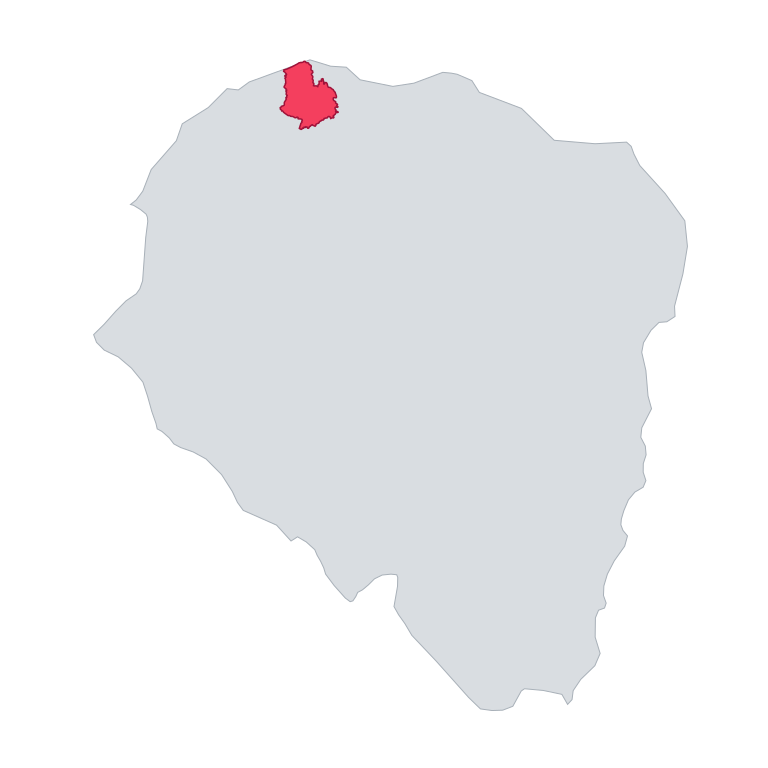 San Carlos, Maldonado, Uruguay shown in context, rotated 184°
{"feature_id": "84410073B16503485399058", "entity_name": "San Carlos", "entity_type": "district", "adm_level": 2, "iso_a3": "URY", "parent_name": "Uruguay", "parent_adm1": "Maldonado", "projection": "robinson", "projection_center": [-54.965, -34.66], "detail": "fine", "context": "in_parent", "style": "filled", "palette": "rose", "viewbox_px": 768, "rotation_deg": 184, "n_neighbors": 0, "source": "geoboundaries", "source_scale": "gbopen_adm2", "svg_char_len": 7200}
<svg xmlns="http://www.w3.org/2000/svg" viewBox="0 0 768 768"><g transform="rotate(184 384 384)"><path d="M649.4,545.4L644.0,550.3L638.1,559.5L631.2,581.7L608.1,612.2L603.4,629.5L578.6,647.5L561.1,667.7L549.8,667.2L539.5,675.9L480.5,702.2L459.4,697.3L443.7,697.4L429.1,685.8L395.9,681.5L375.1,686.2L347.1,699.0L338.7,698.8L332.7,698.1L317.5,692.8L309.2,681.5L266.1,668.5L231.2,639.0L190.2,638.4L158.9,642.2L154.0,638.3L150.7,630.8L144.1,619.8L116.9,593.7L95.3,567.8L90.9,542.4L93.5,514.7L99.6,481.9L98.4,471.7L106.2,465.8L114.0,464.6L121.4,456.2L128.0,443.3L129.1,433.6L123.7,415.7L119.8,390.5L115.4,378.0L123.8,358.3L124.1,348.7L119.0,340.3L117.6,331.6L119.8,322.7L119.3,314.1L116.0,305.9L118.3,299.1L126.2,293.7L132.1,285.5L135.9,274.4L137.8,265.9L137.9,260.1L135.4,254.6L130.5,249.4L132.6,239.0L142.0,223.6L147.9,209.9L150.6,197.9L150.3,188.3L147.1,180.9L148.4,175.9L154.2,173.3L156.8,165.5L155.7,146.2L149.6,130.3L154.0,117.7L167.1,103.1L173.9,91.3L174.4,82.3L178.5,77.2L184.9,86.8L203.7,89.4L222.6,89.8L225.7,87.3L233.0,71.5L242.8,66.9L253.4,65.8L265.1,66.6L277.6,77.1L312.8,111.4L338.7,135.2L346.5,146.5L353.4,154.9L358.5,162.7L356.4,183.1L356.8,192.0L358.0,194.6L363.8,194.8L372.5,193.3L379.9,189.0L385.6,182.5L391.2,177.1L395.7,174.3L397.3,170.0L399.9,165.5L402.6,164.5L407.7,167.8L419.7,179.5L429.0,190.3L431.3,196.4L434.9,202.8L438.7,208.4L441.5,213.9L450.5,221.0L459.6,225.5L465.8,220.9L481.3,235.7L515.6,248.1L521.9,255.6L527.8,266.2L539.7,282.3L556.3,296.8L569.6,302.9L582.4,306.4L589.5,309.6L594.4,315.2L602.2,321.2L607.1,323.4L608.7,328.7L613.7,340.4L619.0,355.3L624.6,369.0L637.0,382.2L651.0,392.5L665.5,398.3L673.7,405.5L677.1,413.0L667.3,424.1L656.6,438.0L647.1,449.0L637.4,456.7L634.2,462.0L632.0,470.1L631.9,513.5L631.0,529.7L631.7,534.0L633.1,536.8L639.2,541.1L646.4,544.8L649.4,545.4Z" fill="#d9dde1" stroke="#a8b0b8" stroke-width="1"/><path d="M466.5,684.3L467.2,684.0L467.7,683.7L467.6,681.7L468.4,681.8L469.0,681.7L469.5,681.5L469.8,681.4L469.7,681.3L469.7,680.6L469.8,679.1L469.6,678.8L469.6,678.6L470.1,678.1L470.6,677.8L470.7,676.6L470.8,676.0L471.0,676.0L471.6,676.4L471.8,676.5L472.2,676.7L472.4,676.7L474.5,676.5L474.8,676.6L475.1,676.7L474.9,677.2L474.9,677.8L474.9,678.3L474.9,678.7L475.1,678.9L475.2,679.2L475.4,679.4L475.8,679.5L476.0,680.0L475.9,680.5L475.8,681.1L475.8,682.0L476.0,682.4L476.3,682.8L476.6,682.9L476.7,683.1L476.7,683.7L476.6,684.1L476.5,684.6L476.4,685.5L476.8,686.3L477.6,687.1L477.7,687.3L477.8,687.7L478.0,687.8L478.0,688.0L477.9,688.3L477.6,688.9L477.1,689.2L476.7,689.7L476.8,690.1L477.0,690.6L477.0,691.2L478.3,692.0L478.8,692.4L478.8,694.2L478.7,695.6L478.8,696.1L479.2,696.7L479.9,697.1L480.4,697.3L480.6,697.3L481.1,697.7L481.3,698.3L481.7,698.9L482.3,699.1L483.8,699.1L484.3,699.3L485.0,700.2L485.3,700.1L485.4,700.3L485.5,700.3L485.8,700.3L486.0,700.4L486.3,700.3L486.4,700.2L486.7,699.9L486.8,699.9L487.0,699.6L487.3,699.4L488.0,699.1L488.6,698.9L488.8,699.0L489.1,699.1L489.6,698.9L489.8,698.9L490.1,698.7L490.4,698.6L490.5,698.6L490.8,698.6L491.3,698.4L492.1,697.7L492.5,697.4L493.6,696.7L495.8,695.3L497.6,694.2L498.5,693.7L502.7,691.5L503.7,691.1L504.6,690.7L505.6,690.5L505.5,690.2L505.7,689.7L506.0,689.1L505.9,688.8L505.7,688.7L505.3,688.6L505.0,688.4L504.6,688.1L504.1,687.5L503.5,686.9L503.0,686.5L502.8,686.1L502.9,685.9L503.6,685.5L503.7,685.3L503.5,685.1L504.1,684.9L504.4,684.6L504.5,684.3L504.4,684.2L504.0,684.1L503.7,683.9L503.3,683.7L503.3,683.0L504.2,682.2L503.7,681.5L503.5,680.8L503.1,678.2L503.0,677.1L503.4,676.7L503.5,676.4L503.3,675.9L503.8,674.9L504.2,674.2L504.4,673.5L504.3,673.0L503.4,672.3L502.3,671.6L502.2,670.4L501.9,670.4L501.6,670.3L501.8,669.9L502.0,669.7L502.2,669.4L502.2,669.1L502.1,668.8L501.6,668.5L501.8,666.9L501.8,666.1L501.6,665.9L501.0,665.5L500.7,665.2L500.8,664.9L501.1,664.7L501.1,664.0L501.0,663.3L501.2,663.1L501.6,663.1L501.8,662.9L501.8,662.5L501.6,662.0L501.4,661.7L501.3,661.4L502.8,658.5L503.0,658.2L503.1,657.4L502.9,655.9L503.0,655.3L503.2,655.0L503.8,654.6L504.8,654.2L505.6,653.9L505.6,653.5L506.7,652.6L506.9,652.3L506.8,652.0L506.6,651.8L506.6,651.4L506.5,650.8L506.2,650.6L505.0,649.7L505.0,649.3L504.6,649.4L504.1,649.2L503.5,648.6L503.2,648.1L501.9,647.2L498.4,645.1L497.7,645.1L496.9,645.2L496.4,645.0L496.1,644.7L495.8,644.5L493.6,644.5L493.3,644.4L491.8,643.6L491.4,643.4L491.0,643.4L490.5,643.5L490.0,643.7L489.5,644.1L489.0,644.1L488.5,644.0L488.3,643.8L488.2,643.4L488.3,642.7L488.1,642.6L487.8,642.5L487.4,642.5L485.9,642.6L484.9,642.4L484.3,642.2L484.1,641.9L484.0,641.4L483.9,641.2L484.4,640.5L484.4,640.3L484.2,640.1L484.2,639.2L484.9,638.5L485.2,637.8L485.4,636.8L485.5,636.0L485.8,635.5L485.9,634.5L486.1,634.1L486.3,633.0L486.1,632.9L485.8,632.7L485.5,632.7L485.1,632.5L484.9,632.4L484.6,632.2L484.4,632.2L483.9,632.4L483.4,632.9L483.0,633.6L482.1,633.5L481.9,634.0L481.7,634.4L481.6,634.7L481.3,634.6L480.8,634.6L480.6,634.4L480.2,634.5L480.0,635.1L479.4,634.9L478.9,635.1L478.6,634.7L478.4,634.4L478.3,634.2L478.1,634.0L477.9,633.8L477.5,633.8L477.4,633.9L477.3,634.0L477.0,634.0L476.9,634.1L476.8,634.3L476.6,634.8L476.6,635.0L476.4,635.2L476.3,635.4L476.2,635.5L475.9,635.7L475.8,635.8L475.6,636.1L475.3,636.1L475.0,636.7L474.7,636.9L474.3,637.1L474.2,637.2L474.0,637.5L473.9,637.5L473.5,637.6L473.1,637.1L472.5,636.9L472.3,636.9L471.5,636.6L471.2,636.5L470.8,636.5L470.7,636.4L470.4,636.6L470.3,636.9L470.1,637.1L470.0,637.4L470.0,637.6L470.0,637.8L470.0,638.1L469.8,638.5L469.5,638.6L468.9,639.0L468.6,639.2L467.9,639.4L467.5,639.6L467.0,640.1L466.9,640.3L467.0,640.5L466.9,640.8L466.3,641.4L466.0,641.7L465.7,641.8L465.2,642.0L465.0,642.4L464.9,642.4L464.3,642.8L464.1,643.0L463.4,643.0L463.2,643.0L463.0,643.3L462.8,643.4L462.6,643.5L462.4,643.8L462.4,644.1L462.4,644.4L462.4,644.5L462.2,644.8L461.8,644.8L461.7,644.8L461.2,645.0L460.9,645.2L460.7,645.2L460.1,645.3L459.5,645.4L459.4,645.4L459.1,645.6L459.0,645.8L458.8,646.2L458.6,646.5L458.4,646.8L458.1,647.0L457.7,646.9L457.4,647.0L457.1,647.0L456.6,646.8L456.1,645.8L455.6,645.1L454.7,645.7L454.4,645.9L453.6,645.9L453.0,645.9L452.8,646.1L452.6,646.4L452.7,646.9L453.1,647.4L453.4,647.6L453.3,647.9L453.1,648.3L452.6,648.6L451.4,649.8L451.1,650.5L451.0,651.1L450.6,651.4L450.1,651.6L449.1,651.6L448.7,651.9L448.8,652.2L449.2,652.5L449.5,652.6L450.1,652.5L450.6,652.5L451.1,652.5L451.3,652.7L451.2,653.1L450.9,653.6L450.9,653.9L451.3,654.3L451.8,654.9L452.0,655.3L452.1,655.9L452.1,656.3L452.0,656.5L451.6,656.8L450.7,656.9L450.3,656.7L449.9,656.7L449.4,657.0L449.3,657.4L449.5,657.7L450.3,658.1L450.5,658.4L450.3,659.0L449.9,659.5L450.1,659.9L450.4,660.1L451.3,660.6L451.8,660.9L451.9,662.2L452.5,662.6L453.5,663.1L454.1,663.5L454.2,663.9L454.6,664.6L454.5,665.6L454.4,666.0L453.9,666.2L451.9,666.1L451.5,666.4L451.5,667.8L452.0,669.0L452.2,669.4L452.6,670.3L453.1,671.6L454.7,673.2L455.2,674.1L456.8,674.9L457.7,675.7L458.3,676.0L459.3,676.1L460.1,676.1L460.4,676.3L461.0,677.4L461.3,678.6L461.4,678.9L461.6,679.5L461.9,679.8L462.3,680.5L462.7,680.7L463.1,680.7L463.7,680.5L464.0,680.1L464.2,679.8L464.3,679.4L464.6,679.0L464.8,679.0L465.1,679.2L465.1,681.3L465.6,681.6L465.5,682.2L466.0,682.6L465.9,683.9L466.2,684.0L466.5,684.3Z" fill="#f43f5e" stroke="#9f1239" stroke-width="1.5"/></g></svg>